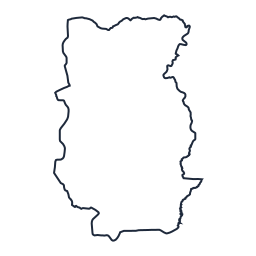 outline of Svay Leu, Siemréab, Cambodia
{"feature_id": "14789045B56730119052608", "entity_name": "Svay Leu", "entity_type": "district", "adm_level": 2, "iso_a3": "KHM", "parent_name": "Cambodia", "parent_adm1": "Siemréab", "projection": "orthographic", "projection_center": [104.313, 13.682], "detail": "fine", "context": "isolated", "style": "outline", "palette": "slate", "viewbox_px": 256, "rotation_deg": 0, "n_neighbors": 0, "source": "geoboundaries", "source_scale": "gbopen_adm2", "svg_char_len": 5764}
<svg xmlns="http://www.w3.org/2000/svg" viewBox="0 0 256 256"><path d="M188.7,25.6L187.7,25.9L187.2,26.8L186.2,27.4L185.5,27.2L185.2,26.5L185.4,25.7L184.9,25.0L184.8,23.9L182.8,21.4L182.9,21.0L182.6,20.3L181.2,19.7L180.4,19.7L179.8,19.3L179.2,18.5L177.4,17.2L176.8,16.6L176.1,16.3L174.6,16.8L173.7,16.5L172.1,17.1L171.3,17.1L170.6,16.8L170.0,16.8L169.0,16.9L168.0,17.3L166.9,16.5L164.8,15.8L164.4,15.4L164.0,15.4L163.2,16.1L162.3,16.7L160.9,18.3L160.6,19.3L160.1,19.8L159.4,19.9L157.8,19.4L156.3,18.6L154.1,18.0L148.0,18.6L145.4,19.3L144.4,18.9L142.7,19.1L142.2,19.0L140.2,18.0L139.2,17.7L138.6,17.7L137.7,17.1L137.2,17.4L134.7,17.9L134.0,17.7L133.5,17.8L131.7,19.0L130.7,20.2L130.4,20.3L128.4,18.5L127.1,18.0L126.2,18.0L124.5,18.7L123.1,19.4L121.8,20.7L120.0,21.7L118.9,22.7L118.7,23.3L117.8,24.3L115.6,25.2L114.1,26.0L113.1,26.3L112.6,27.5L111.9,27.9L110.7,28.0L109.0,30.0L108.1,30.0L106.1,28.9L102.2,28.6L100.7,28.2L97.5,26.4L96.6,24.2L95.1,22.7L93.7,21.8L92.6,20.6L89.6,19.2L86.2,18.3L84.5,18.2L83.7,17.8L82.2,17.4L76.6,17.9L71.6,18.7L70.8,19.2L68.7,19.7L67.9,20.1L67.6,23.7L67.5,26.5L68.0,36.1L67.6,37.6L65.9,38.9L64.9,40.1L63.7,41.8L62.9,43.5L62.6,45.2L62.9,51.3L63.4,52.9L66.2,56.7L66.6,57.9L66.6,62.9L65.8,64.3L64.8,65.4L64.8,66.3L67.4,75.7L68.3,82.6L69.6,85.0L69.7,85.7L68.6,86.0L67.0,86.9L64.0,88.0L59.5,90.1L56.3,91.7L55.2,92.8L56.3,95.2L56.2,96.1L56.7,96.7L57.3,98.8L58.0,99.9L58.7,100.2L62.9,100.3L63.6,100.4L64.1,100.9L64.9,103.0L65.7,104.7L67.6,106.9L68.2,107.9L68.6,109.5L68.6,111.5L68.1,116.5L67.8,117.6L67.1,119.4L64.3,123.7L62.0,126.6L60.7,128.3L59.9,129.9L59.8,130.4L59.8,139.4L60.0,140.8L60.3,141.3L63.1,144.1L64.3,146.2L64.8,147.7L64.9,148.7L64.6,152.0L64.0,156.2L63.5,157.5L62.7,158.5L61.2,159.4L60.7,159.6L57.0,159.7L55.9,160.1L55.3,161.7L54.9,167.1L54.1,172.5L54.1,173.0L60.8,183.1L62.9,184.1L63.5,184.7L63.9,185.3L64.1,187.5L64.7,189.6L65.4,190.4L67.2,191.1L68.4,194.3L69.0,197.4L70.0,198.7L70.9,199.4L71.1,200.0L71.5,200.3L71.8,200.9L72.1,201.9L72.2,203.1L72.0,204.3L72.1,205.1L73.4,205.9L74.6,206.9L75.2,206.9L75.5,206.6L75.6,206.1L76.1,205.9L77.4,206.9L78.0,207.2L79.6,207.6L80.4,208.3L81.3,208.8L82.5,208.2L83.2,208.1L88.8,208.7L89.6,208.6L90.8,207.6L91.3,207.6L95.4,209.9L98.4,212.2L98.7,212.8L98.8,213.3L98.4,214.0L97.8,214.7L93.0,219.1L92.4,220.0L91.9,221.5L91.7,223.5L92.5,233.1L92.8,234.3L93.5,234.9L94.5,235.4L97.6,235.0L101.1,235.4L102.9,235.4L104.2,235.6L106.7,235.2L107.8,235.4L108.9,236.2L111.7,240.0L112.8,240.6L113.8,240.6L115.6,239.8L117.2,238.1L118.5,236.1L119.9,233.1L120.1,232.3L123.8,230.9L135.8,230.8L138.8,230.2L147.9,230.0L150.7,229.9L159.4,229.8L160.6,230.3L164.2,232.5L166.3,233.4L167.3,233.3L169.7,232.6L171.9,231.6L176.8,228.9L178.3,227.5L178.5,226.5L178.2,225.9L177.8,225.6L178.7,224.0L178.4,223.6L178.5,223.1L179.2,222.7L179.8,222.8L179.2,222.3L179.9,221.6L179.9,221.2L179.5,220.9L179.1,220.0L179.2,219.8L179.9,219.6L179.6,218.9L180.4,218.4L180.6,217.0L182.0,215.3L182.3,214.6L182.3,214.2L181.9,214.1L180.7,214.5L180.5,214.3L180.5,213.9L181.3,213.8L181.6,213.5L181.7,212.7L181.2,212.0L180.9,212.0L180.7,211.8L180.8,211.6L181.2,211.4L181.4,211.1L181.2,210.7L180.7,211.0L180.4,210.9L180.4,210.6L180.8,210.3L180.7,209.9L180.4,209.7L180.1,208.9L180.5,208.7L180.3,208.2L180.4,207.9L181.1,207.5L180.6,207.0L180.9,206.5L180.8,205.2L181.3,204.7L180.9,204.4L181.1,203.3L181.5,201.9L182.0,201.5L182.3,201.4L182.4,200.9L182.8,200.5L182.8,200.0L183.3,199.6L185.3,198.8L185.3,198.0L185.6,197.7L186.3,197.5L186.5,196.9L187.0,196.5L187.4,195.9L188.4,195.6L189.9,194.4L190.2,192.3L190.7,191.2L191.2,188.9L192.6,188.7L192.9,188.2L193.3,188.0L194.2,187.8L194.7,188.0L195.0,188.0L197.0,187.2L197.3,186.9L197.2,186.7L198.4,186.1L198.6,185.5L198.5,185.2L198.8,184.7L199.5,184.3L200.2,182.6L201.0,181.8L201.4,180.9L201.5,179.8L201.9,179.3L198.1,179.0L193.5,179.1L183.6,178.2L183.4,177.5L182.7,176.6L182.4,175.4L182.5,174.8L183.8,174.1L184.1,173.6L184.1,173.0L183.3,171.5L182.7,171.2L182.1,170.1L181.9,169.3L182.3,168.4L181.9,168.0L182.1,167.3L181.9,167.0L181.6,166.9L181.3,166.6L181.2,165.7L180.5,163.9L180.8,163.3L180.5,161.5L181.4,160.8L181.6,160.1L181.9,160.1L181.8,159.2L182.7,158.6L183.4,157.7L184.0,157.4L185.1,157.4L186.6,157.0L186.9,156.8L187.4,156.2L188.1,156.0L188.3,155.6L189.1,155.2L189.1,154.9L189.4,154.5L189.2,154.4L189.5,153.9L189.0,153.3L189.1,152.8L189.8,151.2L189.9,150.2L189.5,149.5L189.4,148.6L190.0,147.4L190.3,147.4L190.8,146.9L191.0,146.2L190.7,145.6L190.8,145.3L191.4,145.0L191.7,144.6L191.8,144.0L193.0,141.3L193.8,140.4L194.9,139.7L195.3,139.0L195.3,133.2L195.0,132.8L192.0,130.9L191.1,129.9L190.6,128.7L190.4,127.3L190.5,125.7L190.8,124.6L191.6,123.0L192.1,121.0L191.9,120.3L191.3,119.8L191.0,117.8L190.5,116.0L190.7,114.9L190.6,112.4L189.0,109.8L188.8,109.4L188.7,108.2L188.1,107.2L186.4,105.9L185.5,105.5L184.3,104.3L183.8,103.3L183.6,102.0L183.1,101.5L182.8,100.3L184.0,98.4L184.7,97.9L185.4,96.4L185.4,94.7L185.1,93.9L184.3,93.1L182.8,92.4L181.0,91.9L179.8,91.1L178.6,90.0L177.4,88.7L176.7,86.4L176.5,83.1L176.3,82.7L175.5,81.9L175.1,79.9L174.5,79.2L174.3,78.5L173.4,77.2L172.9,77.0L172.6,77.0L170.5,77.7L170.0,77.7L169.4,77.3L167.4,78.0L165.6,78.2L164.6,77.9L164.1,77.3L163.6,76.1L163.4,75.2L163.5,74.8L164.0,74.1L166.3,72.0L166.9,71.0L167.5,69.3L167.2,66.6L167.4,65.7L168.2,65.3L170.7,66.1L171.4,65.9L172.6,63.6L172.7,62.6L172.4,61.4L172.9,60.2L175.5,59.5L175.8,58.7L175.6,58.0L175.8,57.2L177.6,55.8L178.3,55.5L177.5,54.7L175.8,53.8L175.7,53.5L176.5,50.4L177.5,48.4L178.1,46.5L178.7,45.2L179.7,44.1L180.8,44.1L183.6,44.8L185.7,45.1L186.2,44.9L186.5,44.5L186.6,44.0L186.4,43.2L186.1,42.6L182.7,39.9L182.3,38.8L182.5,37.6L183.2,36.7L184.2,35.8L187.5,33.7L188.0,33.2L188.3,32.7L188.6,31.6L188.7,30.3L189.8,26.9L189.7,26.3L189.3,25.7L188.7,25.6Z" fill="none" stroke="#1e293b" stroke-width="2"/></svg>